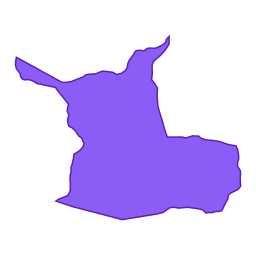 Igarassu, Pernambuco, Brazil (Mercator projection)
{"feature_id": "56859067B26205413657265", "entity_name": "Igarassu", "entity_type": "district", "adm_level": 2, "iso_a3": "BRA", "parent_name": "Brazil", "parent_adm1": "Pernambuco", "projection": "mercator", "projection_center": [-34.962, -7.796], "detail": "fine", "context": "isolated", "style": "filled", "palette": "violet", "viewbox_px": 256, "rotation_deg": 0, "n_neighbors": 0, "source": "geoboundaries", "source_scale": "gbopen_adm2", "svg_char_len": 1848}
<svg xmlns="http://www.w3.org/2000/svg" viewBox="0 0 256 256"><path d="M218.0,211.5L221.8,210.7L223.6,207.1L224.8,204.3L226.2,201.7L227.9,198.8L228.2,195.3L231.0,192.9L238.2,189.3L240.6,186.2L240.4,182.7L240.2,177.7L240.6,173.3L240.2,170.4L237.4,166.0L237.7,162.0L238.7,159.0L238.6,155.1L237.7,149.8L236.0,145.8L231.3,145.1L227.9,144.4L223.7,143.0L218.8,141.4L211.8,140.3L207.8,140.1L204.9,139.6L200.4,137.9L198.7,136.1L192.6,135.9L185.8,137.9L182.0,137.0L174.6,137.1L167.4,137.1L165.2,131.3L161.6,118.6L159.3,111.4L157.8,105.8L157.1,96.0L157.4,91.2L157.4,87.8L154.0,82.7L151.5,79.5L152.1,75.7L152.3,72.4L152.1,68.2L152.2,64.7L153.5,61.6L155.9,59.2L160.2,55.6L163.8,51.7L166.5,48.3L169.0,44.1L169.1,36.4L166.5,39.2L165.4,42.8L161.6,45.5L156.0,48.1L153.1,48.3L150.1,48.0L147.1,48.5L144.0,50.9L139.2,50.2L135.7,50.9L132.8,55.5L129.3,60.2L127.8,63.7L127.1,68.1L124.8,71.0L121.5,73.3L116.5,74.5L112.8,72.3L105.8,71.4L102.9,71.1L99.4,72.2L95.9,73.8L88.9,74.3L85.9,74.7L83.2,77.0L77.4,79.1L71.1,81.6L66.4,82.3L62.1,82.4L16.4,57.3L15.8,60.6L15.4,64.4L16.3,68.5L20.1,73.6L20.6,76.5L22.3,79.0L24.7,79.9L28.7,79.6L32.7,80.8L37.2,83.7L40.6,84.1L43.6,84.9L55.4,87.4L57.5,90.4L63.3,97.6L66.8,102.0L68.6,104.6L67.7,107.4L67.1,111.0L68.8,115.0L67.5,120.4L67.9,122.9L68.8,126.2L72.3,128.0L75.7,131.2L77.3,134.1L79.1,136.4L81.4,137.7L83.0,141.1L84.1,144.0L82.6,147.3L79.9,150.4L77.2,152.3L73.9,154.3L73.5,158.1L72.9,160.9L72.0,164.7L70.9,167.6L71.2,171.4L70.2,175.4L70.0,179.8L70.3,182.7L70.3,190.5L68.0,195.4L62.4,197.7L58.2,199.4L55.9,201.1L73.2,206.8L81.8,209.0L103.9,214.8L122.1,219.6L148.7,215.3L157.0,214.0L163.0,212.5L166.4,210.1L169.7,207.8L173.5,207.2L178.7,208.1L183.9,207.6L188.1,207.3L192.0,207.9L196.0,208.4L200.2,209.2L203.1,210.1L205.9,213.0L208.6,212.6L212.4,212.6L214.9,211.6L218.0,211.5Z" fill="#8b5cf6" stroke="#5b21b6" stroke-width="1.5"/></svg>